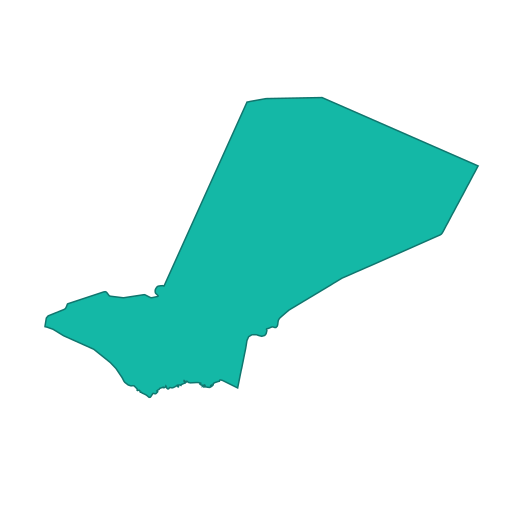 SVG path tracing the border of Diffa, rotated 24°
{"feature_id": "NER-796", "entity_name": "Diffa", "entity_type": "Department", "adm_level": 1, "iso_a3": "NER", "parent_name": "Niger", "parent_adm1": "", "projection": "orthographic", "projection_center": [13.155, 15.532], "detail": "fine", "context": "isolated", "style": "filled", "palette": "teal", "viewbox_px": 512, "rotation_deg": 24, "n_neighbors": 0, "source": "natural_earth", "source_scale": "10m", "svg_char_len": 3790}
<svg xmlns="http://www.w3.org/2000/svg" viewBox="0 0 512 512"><g transform="rotate(24 256 256)"><path d="M292.9,384.0L276.1,383.3L274.1,383.6L273.4,384.1L273.5,385.3L272.4,386.1L269.7,388.6L269.3,389.3L268.9,390.0L269.2,390.7L269.3,391.1L269.1,391.7L268.7,391.8L268.2,391.8L267.9,391.9L267.3,392.8L267.4,393.2L268.4,393.3L267.2,394.9L265.5,395.5L263.7,395.9L261.9,396.7L262.1,396.1L262.3,395.4L262.1,394.9L261.4,394.7L261.1,395.0L260.6,396.2L260.1,396.7L260.1,395.9L260.1,395.7L258.9,396.1L257.7,396.1L256.9,395.8L257.3,395.2L257.3,394.7L255.4,394.9L253.7,395.5L247.6,398.6L245.7,399.0L243.8,398.5L243.5,399.7L242.9,399.7L242.0,399.3L241.0,399.0L241.0,399.5L241.5,399.7L242.0,400.0L242.4,400.4L242.9,400.9L242.0,401.7L240.1,403.8L240.0,404.0L240.1,404.6L240.1,404.8L239.9,404.8L239.3,404.7L239.1,404.8L238.8,404.9L237.9,405.2L237.7,405.5L238.0,406.3L238.4,406.8L238.4,407.1L237.5,407.2L237.3,406.9L237.0,406.4L236.6,406.1L236.4,406.4L235.8,407.6L234.1,409.7L233.0,410.6L231.4,411.0L230.6,411.3L230.2,412.9L229.6,413.3L228.5,413.1L227.8,412.6L227.3,412.0L226.5,411.4L226.5,412.6L226.3,413.0L225.9,413.5L225.4,413.8L224.9,414.0L224.7,413.6L224.3,413.8L221.9,416.1L221.7,417.3L220.8,418.5L220.3,419.6L221.4,420.0L220.9,421.5L220.6,422.3L220.0,422.9L219.5,423.0L218.0,423.3L217.7,423.6L217.1,427.3L216.8,428.1L215.8,428.6L214.7,428.3L213.4,427.9L211.9,427.6L210.0,427.5L207.6,427.5L206.5,427.1L205.8,427.5L205.3,427.2L204.8,426.5L204.2,426.2L203.5,426.3L203.1,426.6L202.8,426.9L202.5,427.1L202.0,427.0L201.9,426.7L201.8,426.4L201.6,425.9L200.8,425.5L197.4,424.2L196.3,424.5L194.8,425.4L193.9,425.6L191.6,425.8L187.6,424.8L186.3,424.1L183.2,421.6L173.8,415.7L166.3,412.6L145.8,407.2L112.7,407.1L100.4,405.5L93.9,406.0L92.0,406.4L91.8,406.0L89.7,398.0L90.0,396.8L90.5,395.2L102.3,383.0L102.8,382.3L103.1,381.8L103.3,381.2L103.4,380.4L103.4,378.5L103.3,377.1L103.3,376.5L103.7,376.0L131.4,350.8L132.8,349.9L133.6,349.8L134.6,350.1L137.3,351.6L138.1,352.0L138.7,352.0L139.5,351.9L151.9,348.1L168.9,337.2L169.8,336.7L170.5,336.6L176.1,336.9L177.0,336.8L177.9,336.4L182.5,333.1L182.9,332.5L182.6,332.0L179.8,331.0L179.1,330.6L178.6,329.9L178.2,329.2L177.8,328.1L177.7,327.2L177.9,325.5L178.1,324.6L178.5,323.8L179.1,323.2L181.0,322.0L182.9,321.0L184.1,320.9L184.2,320.7L185.2,119.0L186.5,118.2L187.6,117.3L201.2,108.1L251.9,84.4L421.7,83.4L422.2,83.4L422.3,83.4L422.2,84.0L422.0,87.2L421.8,90.4L421.5,93.6L421.3,96.8L421.1,99.9L420.9,103.1L420.6,106.3L420.4,109.5L420.2,112.7L420.0,115.9L419.7,119.1L419.5,122.2L419.3,125.4L419.0,128.6L418.8,131.8L418.6,135.0L418.3,138.2L418.1,141.4L417.9,144.5L417.7,147.7L417.4,150.9L417.2,154.1L417.0,157.3L416.8,159.0L416.6,159.9L416.4,160.6L415.6,161.9L413.3,164.4L409.6,168.5L405.9,172.6L402.2,176.7L398.5,180.8L394.8,184.9L391.1,189.0L387.4,193.1L383.7,197.2L379.9,201.3L376.2,205.4L372.5,209.5L368.8,213.6L365.1,217.7L361.3,221.8L357.6,225.9L353.8,230.0L351.3,232.8L347.4,237.1L343.7,241.1L341.8,243.8L339.8,246.7L337.8,249.5L335.9,252.4L333.9,255.2L331.9,258.1L329.9,260.9L327.9,263.8L325.9,266.6L323.9,269.5L321.9,272.3L319.9,275.2L317.9,278.0L315.9,280.9L313.9,283.7L311.9,286.6L309.9,289.4L308.0,292.2L306.2,296.0L304.0,300.7L303.0,302.9L302.7,304.2L302.6,305.7L302.9,307.1L303.8,310.1L303.9,311.5L303.3,313.2L302.3,313.7L301.0,313.8L299.7,314.1L299.0,314.7L296.8,317.1L295.5,318.0L295.3,318.4L295.4,318.8L296.1,319.4L296.3,319.8L296.8,322.5L296.7,323.8L296.2,325.1L293.9,327.0L292.8,327.2L291.2,327.5L288.5,327.7L286.0,328.8L284.3,329.6L282.1,332.7L282.1,336.9L283.4,341.7L284.3,345.2L285.0,348.4L285.5,350.7L286.0,352.9L286.5,355.1L287.0,357.3L287.5,359.6L288.0,361.8L288.5,364.0L288.9,366.2L289.4,368.4L289.9,370.7L290.4,372.9L290.9,375.1L291.4,377.3L291.9,379.5L292.4,381.8L292.9,384.0Z" fill="#14b8a6" stroke="#0f766e" stroke-width="1.5"/></g></svg>